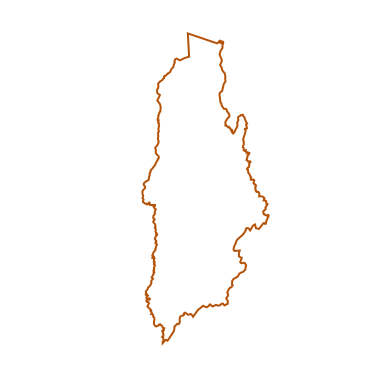 Tonila, Jalisco, Mexico, rotated 34°
{"feature_id": "50627088B95272323140110", "entity_name": "Tonila", "entity_type": "district", "adm_level": 2, "iso_a3": "MEX", "parent_name": "Mexico", "parent_adm1": "Jalisco", "projection": "equal_earth", "projection_center": [-103.536, 19.429], "detail": "fine", "context": "isolated", "style": "outline", "palette": "amber", "viewbox_px": 384, "rotation_deg": 34, "n_neighbors": 0, "source": "geoboundaries", "source_scale": "gbopen_adm2", "svg_char_len": 6118}
<svg xmlns="http://www.w3.org/2000/svg" viewBox="0 0 384 384"><g transform="rotate(34 192 192)"><path d="M106.6,98.6L106.2,101.7L106.7,104.6L106.4,106.1L105.6,107.4L105.3,110.0L104.3,111.4L104.4,112.3L105.1,112.9L105.2,113.5L104.7,114.1L104.7,116.1L103.7,118.3L103.3,121.1L104.4,122.3L105.7,124.5L105.9,126.7L107.3,128.8L108.2,129.5L111.0,129.4L111.4,130.7L112.1,135.6L115.6,136.7L117.7,138.2L119.3,140.2L120.0,142.0L120.7,142.7L120.5,144.5L121.1,145.5L121.3,147.6L122.4,148.9L122.7,150.5L123.2,151.0L123.1,151.4L123.7,151.8L124.3,151.4L124.6,152.8L125.9,153.2L126.0,154.1L127.5,155.2L129.0,158.8L130.6,160.2L130.8,162.0L133.1,165.0L133.8,166.8L136.4,169.1L137.2,172.8L136.7,175.3L136.8,176.1L138.7,177.4L139.2,178.6L140.4,180.1L144.6,181.2L145.4,182.3L145.5,183.1L145.2,183.8L145.6,184.3L145.8,188.3L146.3,189.3L146.0,195.0L145.6,197.2L146.4,198.4L146.3,199.6L146.5,200.5L147.4,201.2L148.1,203.8L149.3,206.4L147.7,209.6L147.3,211.1L147.5,212.3L148.3,213.4L149.3,213.4L150.5,214.2L150.8,215.3L150.4,218.3L150.7,219.5L152.2,221.4L153.9,222.7L154.5,224.9L156.0,225.3L156.7,227.5L157.1,227.7L159.7,227.9L160.4,227.2L161.6,227.5L162.0,227.0L162.2,225.2L162.5,224.6L163.0,224.7L163.8,226.1L164.3,226.3L168.5,223.4L168.9,223.8L169.0,224.5L168.3,225.6L170.2,226.5L171.6,226.6L172.3,229.7L173.4,230.6L173.4,233.5L174.5,235.3L176.3,235.5L176.5,236.0L176.2,237.7L176.8,238.7L179.3,239.3L180.9,240.7L180.9,241.9L181.2,242.5L182.4,242.6L182.8,243.1L184.0,245.4L185.3,245.8L185.7,247.0L186.1,247.0L186.6,246.5L186.9,246.7L187.1,247.4L186.8,248.7L187.1,251.1L187.4,251.7L190.0,252.7L189.9,254.0L190.5,255.0L191.2,254.6L192.3,255.2L192.6,256.2L192.6,257.3L193.4,258.8L193.5,259.9L194.2,260.5L193.8,263.1L194.6,266.8L195.5,266.8L195.9,267.5L196.5,267.1L196.6,267.8L195.8,268.5L195.9,268.8L198.1,268.1L198.2,269.4L198.5,269.9L199.8,270.7L199.6,271.4L200.5,271.7L200.3,272.3L200.9,272.6L201.0,273.3L202.3,273.5L202.8,276.2L203.8,277.1L203.8,278.2L204.6,278.6L204.6,279.4L205.7,279.7L205.5,281.0L206.1,281.5L206.3,285.4L208.2,285.7L207.9,288.3L208.2,289.2L209.1,289.9L209.5,291.3L209.6,293.2L209.0,296.0L209.5,297.0L209.4,300.2L209.8,301.0L210.5,301.3L210.9,302.8L211.6,303.0L212.1,302.2L213.4,302.5L213.3,305.1L214.1,305.8L215.0,305.4L216.1,304.0L216.7,304.0L217.0,304.9L215.9,305.6L214.9,307.4L215.0,307.8L215.9,308.3L217.7,307.7L218.5,308.3L219.1,311.9L223.3,312.6L223.6,313.2L224.0,312.8L224.5,313.0L224.7,313.9L226.0,314.4L226.4,315.9L227.0,315.3L228.4,315.5L229.6,317.1L231.1,317.3L231.9,318.3L233.4,321.5L234.6,322.9L236.8,323.8L237.6,323.4L238.5,322.2L238.9,321.0L238.8,320.2L239.4,319.5L240.2,319.9L241.8,319.6L243.8,320.9L245.1,320.4L245.8,322.0L245.1,322.9L245.0,323.9L245.2,324.1L246.1,323.8L246.8,325.3L248.1,326.1L248.4,326.5L248.4,328.7L249.3,328.4L249.8,329.5L250.9,330.2L251.5,331.5L251.5,332.8L252.2,333.7L252.5,330.7L253.1,329.1L254.8,329.0L254.9,326.7L254.8,317.9L254.1,315.7L252.7,313.2L253.5,309.5L254.8,309.0L255.0,308.2L254.4,306.2L253.2,304.9L252.1,302.8L252.0,301.7L253.1,299.6L254.0,299.0L253.9,298.1L253.4,297.5L253.2,296.4L253.7,295.9L257.5,295.9L259.2,293.8L261.7,294.3L262.6,294.8L262.9,286.5L264.9,280.0L268.2,279.7L268.8,279.0L269.6,277.1L269.5,275.6L269.9,275.0L272.4,275.5L273.2,275.2L274.9,272.3L277.6,271.4L278.7,269.8L278.9,268.4L280.0,267.2L282.1,267.9L282.7,267.6L283.2,266.1L284.1,264.8L282.7,262.3L280.0,261.2L279.7,260.0L279.9,258.0L279.2,256.7L277.5,255.7L276.8,251.5L277.0,250.3L277.8,249.1L277.9,246.6L276.8,246.2L275.0,243.1L275.1,240.7L276.9,237.2L277.2,235.7L276.9,233.3L277.8,231.2L279.0,229.7L279.6,226.5L278.5,224.4L278.0,222.6L275.6,221.4L274.8,221.5L273.2,223.2L272.2,223.5L271.2,223.2L270.5,220.1L269.9,218.7L268.8,219.1L266.9,219.1L265.2,216.7L264.3,213.9L260.1,217.1L258.6,216.5L257.4,213.8L257.0,210.6L256.1,207.3L256.5,204.6L258.0,199.2L258.1,194.7L258.0,193.6L257.2,192.5L257.5,191.3L259.5,190.5L261.7,191.3L261.4,185.7L262.4,183.7L265.3,186.3L268.2,185.1L268.6,178.3L269.1,177.4L270.5,177.6L270.9,177.1L269.7,173.7L268.9,168.9L268.1,168.4L267.6,168.8L267.7,169.6L267.1,169.8L265.5,170.1L265.0,169.8L264.0,170.3L262.2,168.8L262.2,168.1L261.9,167.7L262.7,165.0L261.6,163.9L261.4,159.9L261.2,159.7L260.3,160.2L258.7,158.2L258.2,158.0L256.1,158.9L255.8,156.9L255.1,156.9L254.6,156.3L252.8,156.5L251.1,157.2L250.2,158.1L248.6,155.6L247.1,154.8L245.6,155.8L244.7,155.6L244.6,155.0L243.1,154.6L242.1,152.6L241.7,152.5L241.5,150.9L240.5,150.4L239.7,150.7L239.3,150.4L238.3,150.5L237.3,148.6L237.1,147.5L235.9,147.3L234.6,148.6L233.7,148.8L232.8,146.8L231.9,146.7L231.8,146.3L230.3,145.5L227.9,144.5L225.8,142.2L225.5,142.5L224.6,142.1L224.8,140.0L225.2,139.5L224.6,137.8L223.7,136.9L223.6,134.3L222.7,134.2L221.8,135.4L219.7,134.7L219.2,134.9L218.2,131.5L217.5,130.6L217.7,129.2L218.1,129.1L217.7,127.6L216.4,127.8L216.3,128.6L215.6,128.5L215.2,129.0L214.3,128.1L213.5,128.3L213.0,127.3L212.1,128.4L211.6,128.5L210.2,126.6L209.0,126.4L208.6,125.4L208.4,123.7L206.5,121.0L205.2,120.3L202.4,111.5L201.5,110.6L200.6,110.4L200.5,110.0L201.8,109.0L201.9,108.3L199.0,105.7L199.0,104.8L199.3,104.4L196.1,102.7L193.7,100.8L192.3,100.5L191.0,99.5L189.5,100.9L189.5,101.8L188.4,103.4L188.5,104.4L190.3,106.7L190.7,109.3L192.5,111.4L193.1,113.7L193.1,115.1L193.7,118.9L193.4,120.5L192.0,120.1L192.0,119.6L191.2,119.5L191.4,119.0L190.6,118.5L190.5,119.1L190.2,119.1L189.7,118.7L189.9,118.3L188.6,118.3L187.7,117.7L186.6,118.0L186.1,117.4L185.5,118.1L184.5,117.9L182.5,118.2L182.3,117.8L182.6,117.4L181.5,116.8L180.4,114.9L180.3,110.8L180.8,109.2L180.6,108.0L178.2,106.2L175.9,105.6L174.6,104.2L173.4,104.2L172.1,105.2L168.4,103.8L166.9,102.3L165.4,101.7L160.0,95.4L159.6,94.1L160.5,91.4L157.9,84.6L158.0,82.3L157.8,81.4L156.0,79.4L155.3,77.8L152.7,75.3L149.6,74.4L147.9,73.3L147.1,72.2L144.4,71.1L143.4,66.7L142.9,65.9L138.0,62.6L136.8,59.2L136.7,55.6L135.1,53.0L134.6,51.0L134.0,50.3L133.8,50.6L134.3,52.0L133.7,52.2L132.5,50.8L131.8,52.6L131.3,52.5L131.1,50.8L130.8,50.7L130.5,51.1L129.8,54.7L99.9,62.9L113.9,81.4L110.9,85.2L108.6,89.3L107.9,89.7L104.8,90.0L104.2,90.5L103.9,91.5L104.3,93.5L105.2,94.0L105.4,94.7L105.8,96.8L106.6,98.6Z" fill="none" stroke="#b45309" stroke-width="2"/></g></svg>